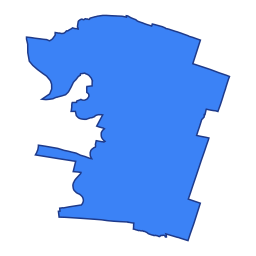 Dobresti, Dolj, Romania
{"feature_id": "2599482B36171757906736", "entity_name": "Dobresti", "entity_type": "district", "adm_level": 2, "iso_a3": "ROU", "parent_name": "Romania", "parent_adm1": "Dolj", "projection": "orthographic", "projection_center": [23.926, 43.971], "detail": "fine", "context": "isolated", "style": "filled", "palette": "blue", "viewbox_px": 256, "rotation_deg": 0, "n_neighbors": 0, "source": "geoboundaries", "source_scale": "gbopen_adm2", "svg_char_len": 5520}
<svg xmlns="http://www.w3.org/2000/svg" viewBox="0 0 256 256"><path d="M188.0,240.6L190.3,233.6L193.8,223.7L198.2,209.9L200.3,203.2L188.3,199.1L190.6,192.4L192.7,186.0L195.9,176.6L198.7,168.2L201.3,160.3L204.5,151.2L206.4,145.5L208.4,139.8L208.9,138.0L206.3,137.4L199.5,136.1L196.6,135.4L197.9,131.3L199.5,126.6L200.8,122.5L201.7,119.6L201.8,119.4L202.7,118.7L203.4,117.7L204.1,117.1L204.2,116.3L204.3,115.5L204.2,114.8L204.1,114.6L203.6,114.4L205.0,114.6L206.0,110.1L206.3,109.2L206.9,109.3L208.6,109.7L211.1,110.2L213.5,110.6L215.6,110.8L217.9,111.5L219.7,106.5L220.2,105.2L222.1,99.4L224.0,93.2L225.4,89.1L226.0,86.9L228.4,79.4L229.5,76.5L226.5,75.3L218.8,72.7L214.6,71.1L210.3,69.5L192.8,63.7L200.4,40.1L196.1,38.6L192.8,37.4L189.3,36.4L188.0,35.7L183.3,34.0L180.9,33.1L178.8,32.4L177.1,31.8L175.6,31.4L168.9,29.2L166.6,28.6L166.0,28.6L165.5,28.3L164.9,27.7L164.2,27.5L163.4,27.2L162.7,26.8L161.6,26.5L154.8,24.6L152.3,24.0L151.9,25.4L151.8,25.6L151.5,25.8L151.5,26.0L149.4,25.3L146.5,24.4L144.3,23.6L142.6,22.9L141.6,22.6L138.4,21.5L137.2,20.9L135.8,19.7L133.2,18.7L132.4,18.4L132.1,18.2L131.5,18.0L130.3,17.4L127.9,16.0L127.2,15.8L126.3,15.7L126.4,17.1L126.0,17.0L124.4,16.7L123.5,16.5L122.5,16.3L121.6,16.2L111.0,15.7L106.2,15.4L104.0,15.4L102.9,15.4L97.4,16.2L96.1,16.6L94.9,16.8L91.7,17.7L90.2,18.1L89.9,18.3L89.7,18.7L89.6,19.1L89.5,19.3L89.3,19.4L89.0,19.4L88.1,19.3L87.5,19.0L86.9,19.1L85.8,18.8L85.4,18.7L85.1,18.8L84.9,18.9L84.7,19.1L84.2,19.5L83.5,19.7L83.0,19.6L82.7,19.4L81.8,19.1L81.0,19.3L79.9,19.9L78.5,21.0L78.2,21.6L77.7,24.8L77.5,26.1L77.5,26.5L77.5,26.9L77.6,27.2L77.8,27.5L78.0,27.9L78.1,28.4L78.2,29.0L77.6,28.9L77.4,28.9L77.1,28.8L76.7,28.6L75.1,28.6L74.3,28.4L73.0,28.0L72.7,27.9L72.4,27.9L71.8,28.5L71.4,28.7L70.6,29.2L69.1,29.9L68.6,30.4L68.3,30.6L67.9,30.7L67.4,30.9L66.4,30.9L66.0,31.4L65.8,31.7L65.6,31.8L65.4,32.1L64.8,32.6L64.4,32.9L63.7,33.2L63.3,33.4L61.2,33.5L60.4,33.3L59.8,33.1L58.6,33.1L55.2,32.5L55.1,33.5L55.2,34.6L55.1,35.3L53.7,37.2L52.5,38.9L51.4,39.7L50.0,40.6L49.6,40.7L49.3,40.8L49.0,40.6L46.6,39.6L43.5,39.3L40.6,38.9L34.9,38.2L31.2,37.6L28.5,37.3L26.5,37.1L26.5,39.1L27.7,44.2L27.8,52.7L29.3,61.2L32.8,65.4L37.5,69.5L43.0,73.6L46.6,76.1L50.4,80.7L51.6,84.2L51.7,89.0L49.7,93.9L41.9,99.2L45.9,99.6L49.2,99.3L52.6,98.8L53.6,98.5L54.4,98.0L56.6,97.2L57.1,97.2L58.3,96.8L61.8,95.9L64.0,95.2L65.6,94.7L66.0,94.3L68.0,92.4L68.8,91.3L71.1,87.1L73.3,82.5L73.8,81.8L75.7,79.8L75.8,79.8L78.4,76.4L79.1,76.0L79.9,75.5L80.3,75.3L80.3,74.3L80.6,73.7L81.1,73.7L83.7,73.3L84.8,73.1L85.3,73.5L85.8,73.8L86.6,74.1L87.2,74.3L87.9,74.7L88.9,75.3L90.2,76.8L90.9,77.7L91.4,78.4L91.9,79.7L92.2,80.5L92.4,80.8L92.2,80.9L92.1,85.9L86.9,86.5L86.9,86.8L86.7,87.8L86.8,92.4L88.2,93.5L88.7,94.2L88.9,95.4L88.9,96.2L88.5,97.1L87.5,98.5L86.8,99.2L85.5,99.8L84.5,100.2L82.9,100.2L81.6,99.8L81.1,99.6L80.9,99.4L79.9,99.9L78.9,100.2L78.3,100.6L77.2,100.7L76.8,101.1L76.6,101.5L76.5,102.1L76.5,102.4L72.3,102.5L72.2,102.7L72.0,103.3L71.8,104.8L71.7,105.9L71.8,106.8L71.7,107.6L71.3,110.5L71.1,111.4L75.4,111.4L76.3,115.6L77.7,117.1L78.6,117.9L79.8,118.5L81.2,118.9L82.4,119.1L84.1,119.3L86.2,119.3L90.4,117.8L91.9,117.7L94.6,116.6L95.3,115.7L96.5,115.2L98.3,114.7L101.5,114.7L102.7,114.9L96.7,126.1L99.2,127.0L101.1,127.5L103.3,128.1L104.4,128.8L102.9,130.0L102.0,131.3L101.3,132.6L101.2,133.8L101.2,135.3L101.4,136.8L101.8,137.8L102.7,139.2L103.8,140.4L105.0,141.3L103.9,142.0L98.4,141.1L96.6,140.7L96.2,140.7L95.4,144.5L95.6,145.9L95.5,146.5L95.4,147.1L93.9,147.7L91.8,149.3L90.9,150.4L90.2,152.5L90.2,154.1L90.3,155.8L91.0,157.5L91.7,158.7L90.0,158.4L87.8,157.6L85.2,156.6L80.4,155.2L76.3,153.2L74.8,152.8L71.6,152.1L69.8,151.6L67.3,151.0L64.2,150.4L57.8,148.4L45.8,146.3L41.4,145.6L38.4,145.2L38.4,146.4L38.0,148.9L37.7,150.2L37.3,150.9L36.6,152.8L36.1,153.6L35.4,154.9L58.2,158.6L71.7,160.7L72.0,160.8L75.0,161.2L75.7,161.3L73.2,171.6L77.9,172.0L80.2,172.3L81.0,172.4L81.0,172.7L80.9,173.0L80.5,173.7L80.1,174.2L79.0,175.4L76.0,178.7L74.9,180.1L74.4,181.0L74.1,181.7L73.4,183.0L73.0,184.5L72.9,185.5L73.0,186.4L73.1,187.3L73.4,188.9L73.6,189.3L73.8,189.9L74.2,190.4L74.7,191.0L75.5,191.7L76.0,192.3L76.6,192.8L77.9,193.5L79.7,194.3L80.3,194.8L80.9,195.3L82.0,196.4L82.5,197.1L82.8,197.8L83.1,198.6L83.4,200.2L83.3,201.3L83.2,201.6L82.8,202.8L82.3,203.7L81.5,204.8L81.3,205.0L81.1,205.1L80.4,205.1L72.0,206.4L69.4,206.8L63.5,207.9L62.7,207.8L59.7,208.2L60.0,211.1L58.4,211.3L59.1,217.1L65.5,217.3L79.6,218.2L95.1,219.3L101.6,219.8L107.1,220.6L113.5,221.2L119.7,221.6L127.9,222.0L128.0,222.3L129.5,222.4L130.9,222.7L133.8,223.1L133.6,224.9L133.6,226.9L133.4,229.1L134.4,229.2L135.3,229.6L137.1,230.1L137.7,230.3L138.7,230.6L139.2,230.5L139.5,230.5L140.4,230.7L141.1,230.9L141.3,230.9L141.6,230.8L142.1,230.8L142.3,230.7L142.5,230.8L143.0,231.1L143.4,231.1L143.5,231.3L143.9,231.3L144.3,231.3L144.6,231.5L144.9,231.5L145.4,231.7L146.5,232.4L147.0,232.5L147.6,233.0L147.8,233.3L148.3,233.6L148.6,233.8L149.0,233.9L149.4,234.1L151.7,234.9L152.5,235.1L152.8,235.1L153.3,235.2L153.5,235.4L153.8,235.5L154.1,235.5L154.9,235.5L155.4,235.3L155.8,235.5L156.2,235.5L156.7,235.7L157.0,235.6L157.4,235.8L157.6,235.8L158.4,236.3L158.8,236.4L159.3,236.6L159.6,236.5L159.9,236.4L160.2,236.0L160.5,235.6L160.9,235.4L161.5,235.4L161.6,235.5L162.0,235.5L162.9,235.3L163.0,235.2L163.8,235.3L164.6,235.5L164.8,235.7L165.4,237.0L166.4,237.0L166.4,236.1L166.3,235.3L166.2,234.6L165.9,233.9L167.6,234.4L177.3,237.3L178.5,237.5L179.3,237.8L180.7,238.3L188.0,240.6Z" fill="#3b82f6" stroke="#1e3a8a" stroke-width="1.5"/></svg>